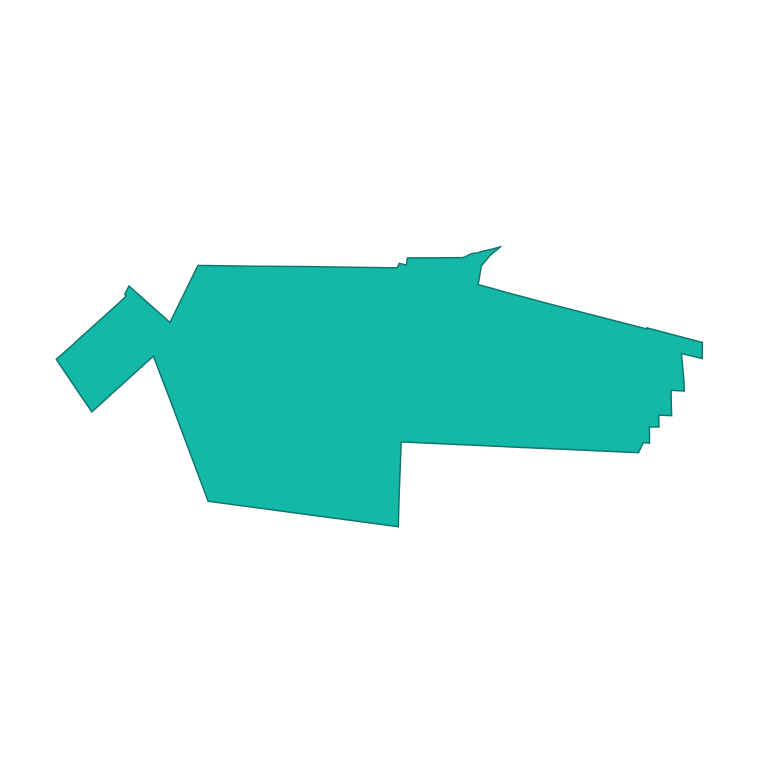 Benito Juárez, Tlaxcala, Mexico, rotated 172°
{"feature_id": "50627088B10674186524860", "entity_name": "Benito Juárez", "entity_type": "district", "adm_level": 2, "iso_a3": "MEX", "parent_name": "Mexico", "parent_adm1": "Tlaxcala", "projection": "albers", "projection_center": [-98.418, 19.596], "detail": "fine", "context": "isolated", "style": "filled", "palette": "teal", "viewbox_px": 768, "rotation_deg": 172, "n_neighbors": 0, "source": "geoboundaries", "source_scale": "gbopen_adm2", "svg_char_len": 2905}
<svg xmlns="http://www.w3.org/2000/svg" viewBox="0 0 768 768"><g transform="rotate(172 384 384)"><path d="M389.7,240.7L384.2,273.4L375.0,324.2L372.0,323.7L370.4,323.4L367.2,322.8L364.2,322.2L330.0,315.8L326.9,315.2L323.8,314.7L320.7,314.0L317.6,313.5L314.5,312.9L308.3,311.8L302.1,310.6L295.8,309.4L292.7,308.9L289.7,308.2L286.5,307.7L283.3,307.0L282.8,307.0L282.6,307.0L279.4,306.3L276.3,305.8L273.3,305.2L270.2,304.5L267.0,304.0L263.9,303.4L260.8,302.8L257.6,302.2L257.4,302.1L254.6,301.7L251.5,301.1L248.4,300.5L245.3,299.9L245.1,299.8L244.8,299.8L242.2,299.3L239.1,298.8L235.9,298.2L232.8,297.7L232.4,297.5L232.2,297.5L229.7,297.1L226.4,296.4L223.2,295.8L220.0,295.2L219.8,295.2L217.3,294.8L214.2,294.2L211.0,293.6L207.7,293.0L207.1,292.8L206.5,292.7L204.5,292.4L201.4,291.8L198.3,291.2L195.0,290.7L193.9,290.4L193.7,290.3L181.1,288.0L180.8,287.9L177.2,287.3L173.9,286.6L170.7,286.1L168.5,285.6L168.2,285.5L167.4,285.4L164.2,284.8L157.8,283.6L155.9,283.2L155.6,283.2L154.5,283.0L151.3,282.4L144.8,281.2L142.9,280.9L141.6,280.6L135.3,289.8L132.0,289.1L129.3,288.5L129.2,288.9L127.2,304.5L118.0,303.3L117.8,302.6L116.3,314.9L103.9,312.7L103.6,312.6L102.1,325.6L100.6,337.8L87.9,335.3L87.6,335.3L87.5,335.8L86.5,345.7L85.8,360.9L85.2,372.8L65.3,364.9L65.3,365.2L64.1,373.5L63.3,378.5L62.9,380.8L78.8,387.4L79.0,387.5L91.6,392.8L115.8,403.0L115.9,401.8L213.7,442.2L222.0,445.8L227.6,448.2L234.3,451.0L237.4,452.3L241.2,453.9L252.5,458.7L264.8,464.2L269.8,466.3L276.9,469.3L276.8,469.6L276.7,470.0L275.3,474.3L275.1,475.0L274.0,478.5L272.7,482.6L271.4,487.0L271.2,487.4L270.8,487.8L267.5,490.7L266.9,491.2L266.5,491.6L266.1,492.0L263.3,494.5L262.0,495.7L260.0,497.2L258.7,498.1L252.6,501.7L250.1,503.5L260.2,502.3L268.5,501.7L270.3,501.4L272.1,501.1L272.9,500.7L275.4,500.9L277.1,501.0L279.8,500.7L282.8,499.8L284.7,499.1L285.4,498.5L286.2,498.5L287.3,498.5L287.7,498.1L294.5,499.0L300.2,499.7L300.5,499.8L304.3,500.3L308.1,500.8L311.9,501.3L314.3,501.6L314.6,501.7L320.6,502.5L325.2,503.1L328.4,503.6L328.6,503.6L342.1,505.4L342.3,505.5L343.2,505.5L345.4,498.6L346.4,499.1L352.0,501.3L353.0,500.0L353.4,499.0L354.2,498.3L355.0,497.2L360.8,498.1L385.3,501.9L447.2,511.5L499.5,519.2L516.7,521.9L551.7,527.3L552.0,526.9L587.4,474.7L589.2,476.9L589.4,477.1L596.4,485.3L597.5,486.7L597.8,487.0L605.8,496.4L606.0,496.6L607.2,498.0L614.3,506.4L614.5,506.6L622.9,516.5L623.7,515.4L628.3,508.8L626.9,507.1L628.1,506.2L631.9,503.6L636.9,500.0L637.2,499.8L638.6,498.9L640.0,498.0L640.2,497.8L657.2,486.3L657.7,486.0L659.6,484.7L661.2,483.6L661.6,483.4L662.6,482.7L668.5,478.7L683.5,468.6L684.1,468.2L684.4,468.0L684.9,467.4L688.0,465.3L691.1,463.3L705.1,454.0L705.0,453.8L694.6,432.5L686.1,415.0L680.3,403.4L680.1,403.1L677.3,397.1L677.2,397.0L653.8,413.0L641.8,421.1L617.4,437.7L608.4,443.7L602.8,418.6L599.4,404.2L574.6,293.1L574.5,292.3L389.7,240.7Z" fill="#14b8a6" stroke="#0f766e" stroke-width="1.5"/></g></svg>